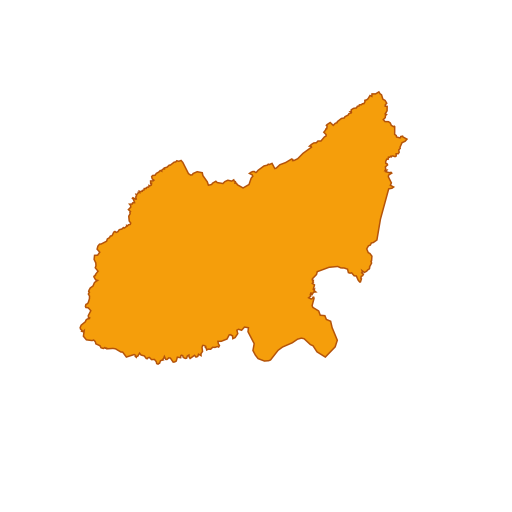 Nkwanta South Municipal, Volta, Ghana (Equal Earth projection), rotated 240°
{"feature_id": "2480657B13680530894334", "entity_name": "Nkwanta South Municipal", "entity_type": "district", "adm_level": 2, "iso_a3": "GHA", "parent_name": "Ghana", "parent_adm1": "Volta", "projection": "equal_earth", "projection_center": [0.469, 8.25], "detail": "fine", "context": "isolated", "style": "filled", "palette": "amber", "viewbox_px": 512, "rotation_deg": 240, "n_neighbors": 0, "source": "geoboundaries", "source_scale": "gbopen_adm2", "svg_char_len": 6088}
<svg xmlns="http://www.w3.org/2000/svg" viewBox="0 0 512 512"><g transform="rotate(240 256 256)"><path d="M334.6,444.5L336.7,444.5L336.6,440.6L338.4,437.5L336.3,436.1L338.0,435.0L336.2,431.7L335.9,430.0L336.4,428.1L335.1,427.5L334.0,425.6L334.7,424.2L334.3,423.0L335.2,421.1L334.4,420.2L335.0,418.6L334.0,417.0L335.1,414.3L335.0,411.6L333.7,410.9L333.9,409.8L332.7,410.5L332.3,410.1L332.8,407.6L332.0,406.3L332.2,402.7L331.4,401.5L332.4,398.8L331.7,393.6L330.9,392.9L331.3,391.0L330.5,388.2L334.5,387.0L334.3,383.4L334.0,382.3L333.0,382.6L330.8,380.8L331.1,379.9L330.3,379.2L329.3,376.6L326.1,377.4L324.9,376.7L324.9,374.7L323.1,369.7L324.6,367.1L323.9,364.9L325.0,362.6L324.9,359.7L324.4,357.3L323.4,358.6L322.5,358.5L321.4,348.0L319.4,340.8L319.7,336.6L320.3,335.4L321.2,336.1L322.2,335.4L322.1,328.4L323.1,322.3L322.0,317.5L322.3,316.0L328.2,316.2L328.5,313.4L329.4,312.5L329.0,311.3L330.0,307.9L329.2,300.8L328.2,298.0L328.6,297.3L329.9,296.9L330.7,295.6L331.0,293.8L330.8,291.6L328.2,293.3L326.7,293.1L325.8,290.7L321.4,285.7L321.4,278.8L327.0,275.5L328.9,275.5L329.7,274.2L330.7,275.3L331.8,274.6L333.1,274.8L333.0,272.4L335.7,269.5L336.0,266.2L335.3,263.6L339.0,259.1L340.8,258.6L340.8,254.7L340.1,253.3L341.1,250.2L344.6,250.9L352.2,250.2L355.0,251.1L358.4,247.2L358.9,242.7L358.2,241.6L358.7,239.9L361.1,238.7L373.6,239.4L376.2,238.9L376.6,236.5L378.1,235.0L377.6,233.5L378.2,232.0L377.5,227.1L378.1,226.3L377.4,223.4L378.1,220.6L377.2,220.2L377.8,219.6L377.4,216.9L376.7,216.7L377.9,215.8L377.3,213.7L377.4,211.0L376.4,209.0L377.4,206.7L376.9,205.3L374.7,204.7L372.7,205.5L372.5,204.5L373.7,202.2L371.4,201.0L371.1,201.9L369.7,200.8L369.8,199.3L370.6,198.6L369.8,198.3L369.4,197.1L370.0,196.4L369.9,195.0L369.4,194.7L370.3,192.9L369.2,192.1L369.6,190.2L368.9,189.8L369.5,188.2L370.5,187.4L369.0,187.0L370.1,185.9L369.4,185.3L368.8,183.5L369.4,182.9L367.8,182.6L367.2,181.3L365.2,180.8L365.3,180.2L368.0,178.6L367.8,177.8L366.4,178.2L362.9,177.5L363.7,175.7L362.9,174.7L364.1,172.4L362.4,172.7L360.9,171.9L360.0,168.7L357.2,169.5L356.8,168.6L355.6,168.2L354.1,165.7L349.7,163.7L347.2,164.0L346.2,162.9L346.8,161.1L346.3,159.6L347.1,159.2L346.4,158.8L346.1,156.7L346.1,155.8L346.9,155.4L346.4,153.0L347.0,151.6L347.0,150.2L346.1,148.7L346.3,146.7L347.8,146.1L347.8,144.8L345.9,142.0L345.6,141.1L346.1,139.9L345.1,138.1L345.1,135.8L343.5,134.0L343.8,127.9L344.5,126.4L343.6,124.0L341.4,121.8L337.4,122.6L335.9,119.2L337.3,116.5L334.0,114.1L330.1,113.8L327.5,112.5L326.2,110.9L321.8,111.6L320.2,107.6L319.4,107.2L319.6,105.9L319.1,105.2L315.5,105.2L314.1,106.6L313.8,102.9L311.5,99.8L311.2,96.5L309.8,94.2L308.9,93.3L307.9,93.6L306.9,91.8L304.6,91.8L302.3,90.4L299.6,87.5L299.0,86.3L299.1,84.5L297.7,83.1L296.5,82.9L295.0,84.8L291.2,85.6L288.2,80.9L286.1,80.0L285.7,81.0L285.1,80.5L285.8,78.4L285.5,76.7L284.4,75.4L283.5,70.0L281.9,67.9L280.5,67.5L278.5,68.1L278.0,67.3L276.9,68.4L277.3,69.9L272.8,66.4L268.2,67.2L264.7,71.8L264.4,73.4L262.1,74.0L260.0,73.4L256.3,76.0L254.0,75.9L252.2,77.6L252.3,79.3L251.4,79.4L250.9,80.6L250.2,80.4L247.5,85.9L245.9,87.9L240.4,91.0L239.4,92.5L233.3,93.2L231.6,101.2L230.2,102.0L229.4,101.2L228.2,101.7L228.6,102.0L228.4,103.6L230.1,106.6L227.8,106.9L225.3,109.3L222.1,109.7L221.4,110.5L221.9,111.7L221.4,113.0L218.5,113.7L217.2,116.3L214.3,116.8L212.5,116.2L211.3,117.1L211.6,118.3L211.3,118.8L213.1,121.0L212.4,123.6L213.1,123.4L213.5,124.8L214.8,126.4L211.6,126.1L210.9,127.2L211.4,129.6L210.4,130.8L205.5,131.2L204.9,132.6L204.9,134.4L207.7,137.3L205.6,139.9L207.3,141.1L207.4,141.8L206.4,142.7L204.5,142.3L202.6,143.6L202.2,144.8L203.8,146.6L203.8,148.4L202.3,147.6L200.2,147.7L200.7,153.1L198.6,153.4L198.2,154.3L198.3,155.6L199.7,157.1L197.2,158.6L198.9,159.5L200.1,162.0L203.9,163.6L205.2,165.1L204.7,166.1L202.9,167.3L202.1,166.4L201.0,166.9L199.3,166.3L199.2,168.1L197.9,170.1L198.6,172.8L197.3,174.9L196.9,177.3L195.8,178.1L196.7,179.6L198.9,179.5L201.1,180.4L199.5,183.3L198.6,189.4L201.1,193.4L200.5,194.9L199.7,194.8L198.7,195.8L196.0,194.6L195.8,197.1L197.9,201.4L201.3,202.3L201.3,204.2L198.9,206.4L200.2,210.5L197.7,213.6L194.4,211.2L181.0,210.6L175.7,206.1L170.4,205.9L166.1,206.5L160.8,210.8L159.0,214.6L158.7,216.6L163.3,228.0L163.9,233.5L162.7,244.0L163.2,250.4L162.2,254.2L160.3,256.3L152.1,258.8L149.8,260.5L142.5,260.9L133.8,265.5L137.7,279.1L142.4,284.3L155.9,286.1L162.2,288.0L165.9,285.2L169.9,285.8L172.6,282.0L177.0,282.8L183.1,279.5L185.0,279.8L190.2,285.0L191.4,285.4L191.8,284.9L191.0,283.5L191.2,282.2L193.5,280.7L193.9,283.3L195.3,283.6L196.5,285.0L195.8,285.8L195.5,284.9L194.5,285.1L195.9,287.8L195.0,289.8L196.9,289.1L197.9,289.9L197.8,289.3L198.5,288.9L201.7,292.2L204.2,291.1L204.7,292.7L205.8,292.6L206.3,293.5L207.2,292.8L208.1,293.5L209.7,299.1L211.8,301.2L209.7,313.6L206.1,321.5L203.2,323.6L201.5,326.4L198.8,328.7L195.4,327.7L194.1,328.9L193.6,330.4L189.8,331.1L188.5,332.9L183.9,332.4L181.6,332.8L181.3,333.5L183.5,335.9L184.1,335.6L185.8,337.0L185.6,338.4L186.5,339.9L188.6,339.1L188.9,340.2L190.3,340.5L187.6,341.6L187.5,344.2L188.1,345.7L188.1,347.3L188.8,348.5L189.7,348.8L192.1,352.6L194.0,353.0L194.1,353.7L197.9,356.3L201.2,355.9L202.8,354.9L206.8,355.4L208.6,358.5L208.3,360.5L209.6,362.4L209.0,364.3L209.4,368.7L225.7,382.2L247.8,404.5L246.7,407.6L246.9,409.7L250.1,407.7L251.6,409.8L258.4,410.2L259.8,411.3L259.9,415.0L260.9,414.8L261.6,413.0L264.1,410.6L264.9,412.2L265.5,410.5L266.2,411.7L268.5,412.6L269.1,415.5L270.4,415.6L271.4,414.7L273.1,415.6L274.5,417.7L273.7,418.8L275.4,420.1L274.6,421.1L275.0,422.5L274.2,422.9L274.6,423.4L274.3,424.5L272.5,426.1L272.5,427.4L274.5,428.5L273.5,430.3L274.2,431.8L276.5,432.7L277.1,434.7L278.2,435.1L281.1,439.1L280.8,442.5L281.7,445.2L285.6,442.8L286.5,442.9L287.1,441.1L286.2,440.2L286.3,439.7L288.8,437.2L290.2,437.7L292.0,436.9L298.7,440.8L299.3,440.6L299.3,439.7L301.5,438.5L304.1,438.8L306.1,437.9L307.9,434.9L310.5,434.4L311.2,437.1L313.0,438.4L313.2,439.7L314.5,438.9L316.2,442.1L320.0,444.4L321.1,442.8L322.3,443.6L322.9,445.6L326.1,445.6L328.4,444.3L332.8,445.3L334.6,444.5Z" fill="#f59e0b" stroke="#b45309" stroke-width="1.5"/></g></svg>